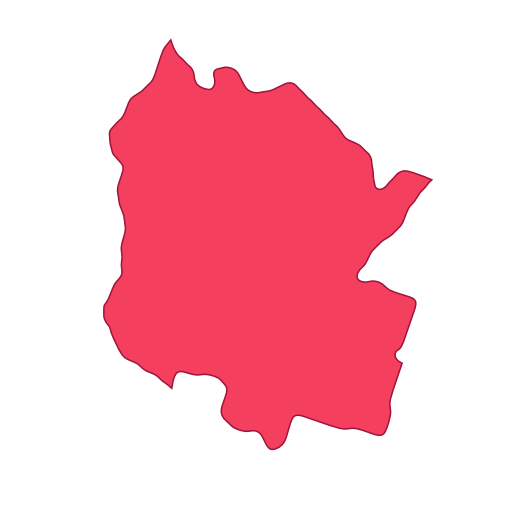 the district of Guerra, Santo Domingo, Dominican Republic, rotated 288°
{"feature_id": "3306468B94493131963400", "entity_name": "Guerra", "entity_type": "district", "adm_level": 2, "iso_a3": "DOM", "parent_name": "Dominican Republic", "parent_adm1": "Santo Domingo", "projection": "mercator", "projection_center": [-69.659, 18.576], "detail": "fine", "context": "isolated", "style": "filled", "palette": "rose", "viewbox_px": 512, "rotation_deg": 288, "n_neighbors": 0, "source": "geoboundaries", "source_scale": "gbopen_adm2", "svg_char_len": 4284}
<svg xmlns="http://www.w3.org/2000/svg" viewBox="0 0 512 512"><g transform="rotate(288 256 256)"><path d="M162.0,126.9L158.7,127.6L153.2,129.4L150.9,130.3L148.9,131.6L146.5,134.1L143.4,138.5L142.6,139.2L137.7,142.5L133.6,146.0L124.6,154.6L121.9,157.7L120.3,159.8L119.0,162.2L118.3,164.7L117.9,167.2L117.3,173.7L116.9,176.2L116.1,178.5L114.1,182.8L113.3,185.1L112.8,187.6L112.1,195.4L111.6,197.9L110.8,200.2L108.2,205.5L106.3,211.6L104.1,216.8L111.0,215.8L113.9,215.7L116.7,215.8L119.3,216.4L120.5,216.9L121.5,217.8L122.3,218.8L122.8,219.9L123.4,222.3L123.8,231.7L124.4,235.8L125.2,238.2L127.6,243.6L128.5,247.8L128.8,253.5L128.3,257.7L127.9,259.1L126.9,261.3L124.0,266.1L122.7,267.9L121.8,268.6L120.7,269.3L119.5,269.7L116.8,270.2L112.6,270.3L103.8,270.1L100.9,270.2L98.1,270.8L96.8,271.2L94.7,272.4L92.9,274.0L91.4,275.9L86.7,285.6L85.9,287.9L85.4,291.8L85.4,295.8L85.9,299.6L86.6,302.1L88.5,306.2L89.3,308.3L89.5,310.7L89.1,313.1L88.0,315.5L86.3,317.6L79.7,324.2L78.1,326.2L77.0,328.3L76.8,329.6L76.9,330.9L77.3,332.0L78.5,334.1L81.1,336.9L84.4,339.1L87.0,340.1L89.9,340.6L92.8,340.8L107.4,340.4L111.4,340.6L113.9,341.2L115.1,341.7L116.1,342.5L116.9,343.6L117.8,346.0L118.2,350.0L117.7,378.5L118.0,388.9L118.7,393.2L119.6,395.7L122.0,401.0L122.9,405.1L123.2,410.9L122.9,424.0L123.3,427.9L124.2,430.3L125.0,431.3L126.0,432.2L128.5,433.1L132.5,433.6L138.3,433.6L144.2,433.2L147.1,432.8L149.9,432.0L155.2,429.6L157.6,428.7L160.4,428.2L163.2,428.0L170.5,427.8L199.2,428.1L199.9,424.6L200.3,423.4L201.4,421.5L202.9,419.9L203.8,419.3L205.9,418.6L207.0,418.5L208.9,418.9L211.7,421.0L213.8,421.9L216.3,422.4L220.5,422.8L255.1,423.4L259.1,423.0L261.5,422.2L262.5,421.4L263.3,420.3L263.9,419.2L264.2,418.0L264.5,415.4L264.4,399.5L264.9,393.8L265.6,391.1L268.4,384.7L269.1,380.9L269.0,378.4L268.6,375.9L267.8,373.6L265.6,369.6L264.8,367.4L264.4,365.1L264.4,362.8L265.1,360.6L265.9,359.6L266.8,358.9L269.0,358.1L271.3,358.1L274.9,358.9L280.0,361.5L282.4,362.4L285.1,362.9L293.6,364.1L297.4,365.2L308.3,370.8L310.5,372.4L315.6,376.7L318.9,379.0L329.8,384.4L333.9,385.3L345.1,385.9L347.9,386.3L350.5,386.9L357.0,389.8L366.8,392.4L373.2,395.5L379.1,397.7L382.8,399.7L383.5,391.2L383.8,379.7L383.6,374.1L383.0,371.4L382.5,370.1L381.9,369.0L380.4,367.2L378.6,365.6L377.6,364.9L372.0,362.5L367.8,360.3L362.2,358.0L360.3,356.7L358.7,355.2L358.1,354.2L357.7,353.2L357.4,352.0L357.4,350.9L357.6,349.8L358.2,348.7L358.9,347.9L359.8,347.3L366.4,343.6L372.2,341.4L378.6,338.1L383.1,336.1L384.1,335.5L385.9,334.0L387.5,332.2L388.1,331.2L390.2,326.7L392.3,322.6L393.3,320.4L394.0,316.6L394.8,308.8L395.3,306.3L395.7,305.1L396.3,303.9L397.8,301.6L402.1,296.3L404.1,293.3L406.2,288.7L409.7,282.5L411.6,277.9L415.1,271.7L417.1,267.1L420.6,260.9L422.5,256.3L426.1,250.1L428.2,245.6L430.4,241.6L431.2,239.5L431.5,238.2L431.4,235.7L430.6,233.3L430.0,232.2L428.5,230.2L420.2,221.6L417.7,218.6L416.4,216.3L414.8,212.9L412.0,207.8L411.2,205.4L410.8,202.9L410.8,200.3L411.3,197.7L411.7,196.5L413.0,194.2L415.5,191.2L423.0,183.8L424.7,181.8L426.0,179.5L426.7,177.0L427.0,174.4L426.8,171.8L426.3,169.2L425.3,167.0L422.4,162.3L421.2,160.6L420.3,159.9L419.2,159.4L418.1,159.2L417.0,159.3L415.0,159.9L411.3,162.0L409.2,162.9L406.9,163.4L405.7,163.4L403.4,163.1L402.3,162.7L401.3,162.0L400.4,161.0L399.9,160.0L399.6,158.8L399.2,155.2L399.4,152.6L399.8,150.1L400.7,147.7L401.3,146.6L402.9,144.8L404.7,143.3L411.0,140.1L413.7,137.7L415.0,135.9L415.6,134.8L417.1,131.4L420.5,125.2L422.5,120.6L423.7,118.6L426.1,115.8L428.7,113.2L431.8,110.7L435.2,108.2L426.6,104.9L422.6,104.1L415.7,103.8L397.4,103.8L393.3,103.5L390.7,103.0L388.3,102.1L383.1,99.3L378.6,97.1L376.4,95.6L370.2,90.5L368.0,89.1L366.8,88.5L365.5,88.0L362.7,87.5L351.5,86.9L347.4,86.2L344.9,85.3L339.8,82.5L332.4,79.2L330.4,78.5L329.3,78.4L328.3,78.5L326.2,79.1L318.7,82.2L316.7,83.3L310.0,87.6L308.4,89.2L302.2,99.7L300.7,101.3L299.7,102.0L297.4,102.8L294.8,103.1L281.0,103.1L278.2,103.4L275.6,104.0L273.4,105.0L263.5,110.0L261.4,111.5L256.3,115.8L253.0,118.1L242.1,123.3L238.1,124.1L226.8,124.6L222.7,125.2L220.2,126.0L216.0,128.0L213.7,128.9L206.3,130.6L204.1,131.4L201.0,132.9L198.9,133.6L196.5,133.9L195.3,133.8L193.0,133.2L187.8,130.9L185.2,130.2L181.1,129.7L169.8,128.9L167.1,128.4L162.0,126.9Z" fill="#f43f5e" stroke="#9f1239" stroke-width="1.5"/></g></svg>